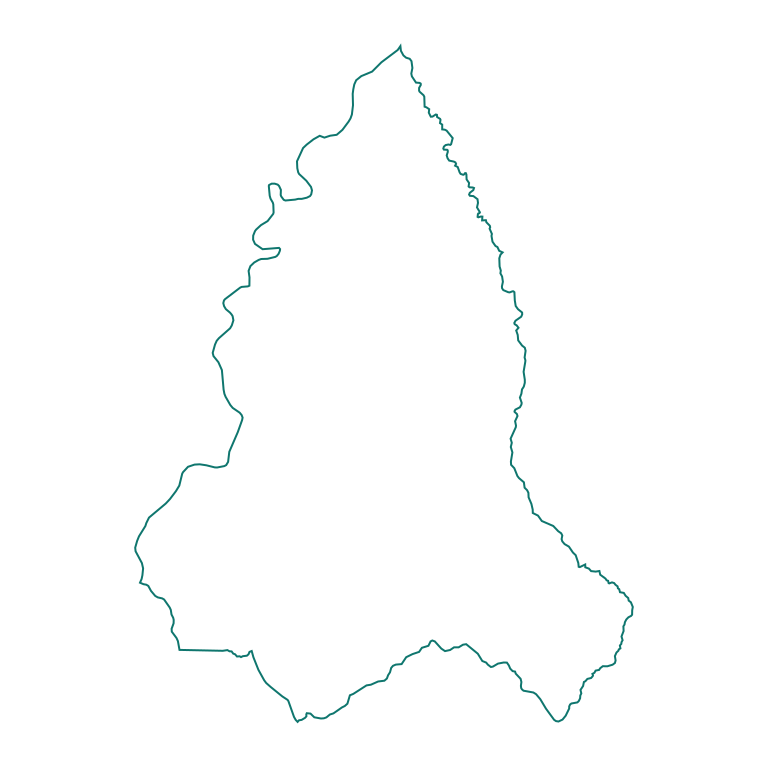 the district of Marsella, Risaralda, Colombia
{"feature_id": "7082276B48757885087630", "entity_name": "Marsella", "entity_type": "district", "adm_level": 2, "iso_a3": "COL", "parent_name": "Colombia", "parent_adm1": "Risaralda", "projection": "albers", "projection_center": [-75.739, 4.958], "detail": "fine", "context": "isolated", "style": "outline", "palette": "teal", "viewbox_px": 768, "rotation_deg": 0, "n_neighbors": 0, "source": "geoboundaries", "source_scale": "gbopen_adm2", "svg_char_len": 6101}
<svg xmlns="http://www.w3.org/2000/svg" viewBox="0 0 768 768"><path d="M145.4,526.0L139.0,536.3L137.1,541.0L135.2,547.7L135.6,551.3L141.9,563.1L143.1,568.4L142.4,575.3L141.6,579.0L140.0,582.7L143.5,584.2L146.3,584.7L148.3,585.9L151.0,590.9L155.2,595.9L157.8,597.4L162.2,598.4L164.1,599.5L169.7,607.5L170.8,609.9L171.5,614.5L173.2,617.8L173.7,619.9L173.6,623.3L171.6,628.8L171.8,631.7L176.5,638.0L177.9,641.1L179.5,649.9L222.8,650.8L227.4,650.1L229.5,651.3L231.6,651.4L233.2,653.6L235.1,654.3L237.0,656.5L239.7,656.3L241.0,657.1L242.8,656.2L246.9,655.7L248.5,654.3L249.5,651.9L251.7,651.0L253.4,657.2L258.4,669.8L264.2,680.3L266.2,683.0L270.6,686.9L282.3,696.4L287.6,699.9L288.4,701.1L294.0,716.9L295.7,719.9L297.6,721.9L299.0,720.3L301.6,719.9L305.1,717.8L306.4,716.3L306.3,714.3L306.8,713.2L310.5,713.6L314.3,717.3L321.0,718.5L323.9,718.3L326.4,717.4L329.9,714.5L333.4,713.4L342.0,707.4L344.8,706.0L347.4,703.7L349.9,695.3L353.3,693.9L366.5,685.4L370.9,684.7L378.1,681.5L384.4,680.7L386.9,678.5L388.1,675.2L390.0,672.3L391.2,667.9L393.0,665.8L395.8,664.6L401.6,664.1L406.2,657.2L412.5,654.1L419.1,651.9L421.9,647.8L428.4,645.8L430.6,641.4L432.3,640.5L434.8,641.4L441.3,648.6L445.0,651.1L450.1,650.0L454.1,647.3L458.7,647.3L463.0,644.7L466.2,644.2L477.8,653.7L482.3,661.0L486.2,662.6L487.8,664.6L490.9,667.0L492.9,666.6L498.0,663.6L503.7,662.5L506.9,662.6L508.9,665.5L510.2,668.6L512.6,671.1L515.1,671.6L515.7,673.6L520.6,678.8L521.4,682.0L520.9,685.9L521.2,688.1L521.9,689.3L523.5,690.7L533.4,692.5L536.1,694.2L540.3,699.2L546.0,708.7L554.1,719.8L556.0,721.1L558.5,721.5L562.5,719.6L565.7,715.7L569.2,708.5L569.2,706.4L570.1,704.5L571.4,703.5L577.4,702.4L578.8,701.0L580.1,698.3L580.3,695.5L581.3,693.4L580.5,689.9L583.1,686.0L583.9,682.0L585.4,681.2L587.4,678.9L591.1,678.0L592.7,676.2L593.0,675.3L592.4,673.9L594.4,672.8L595.6,670.6L599.1,669.9L600.2,668.2L602.8,666.2L607.3,666.3L612.6,664.7L614.9,663.0L615.6,660.5L614.9,656.1L616.5,652.5L618.4,650.7L618.8,649.4L620.4,648.4L619.9,645.5L621.3,643.9L621.5,642.2L622.6,640.2L621.5,636.5L623.6,631.0L623.4,626.3L624.5,624.6L624.9,622.2L626.3,619.5L628.4,617.3L631.1,615.9L632.1,614.7L632.2,610.1L632.8,607.0L630.9,602.3L628.7,600.6L628.2,598.0L625.6,595.8L623.8,592.9L620.0,592.2L619.2,589.2L617.9,588.3L617.6,586.4L615.4,584.7L614.2,583.1L612.0,582.4L609.2,583.4L608.6,583.1L608.1,580.8L606.6,580.3L605.5,578.6L600.2,574.7L599.4,571.0L595.7,571.6L591.1,571.1L588.9,568.6L585.3,567.3L585.2,564.5L579.8,567.1L578.7,566.8L578.3,563.0L575.7,555.2L572.9,552.5L568.9,546.6L564.6,544.1L562.3,541.4L561.6,539.1L562.3,535.5L561.2,533.3L558.2,531.2L553.3,526.0L541.8,521.0L538.0,515.6L532.8,513.0L532.7,509.6L531.4,503.9L528.6,497.3L528.4,492.8L527.1,490.2L524.6,487.7L523.9,482.3L519.0,478.1L517.4,476.0L514.3,468.2L511.1,464.8L510.9,461.5L512.4,452.4L510.8,447.0L511.8,442.8L510.6,438.7L515.8,427.2L516.0,425.6L515.1,421.2L517.5,416.0L516.9,414.0L514.6,411.9L514.5,411.2L515.4,409.6L519.9,407.3L521.4,404.6L521.7,402.9L519.9,397.6L521.4,393.7L522.0,389.4L523.8,386.6L524.8,382.8L524.8,379.7L523.6,371.8L525.3,361.7L525.4,360.3L524.6,357.5L525.6,350.8L524.8,347.7L522.1,345.6L518.2,340.4L517.7,334.9L516.2,330.5L518.5,327.8L516.7,325.4L514.7,324.2L514.3,323.0L515.5,320.7L521.2,316.7L522.2,314.4L522.1,312.5L518.0,309.2L515.7,306.0L514.8,300.4L514.4,292.2L513.4,291.3L512.5,291.3L509.7,292.4L508.2,292.2L503.3,290.1L502.1,288.3L501.9,286.5L502.9,281.8L502.1,276.5L500.4,273.3L500.8,270.6L499.6,266.5L499.3,258.3L500.5,254.6L502.6,252.4L499.2,250.8L497.4,247.0L495.5,246.0L492.5,241.7L491.5,235.9L491.9,233.9L489.6,228.7L490.2,227.2L489.8,225.7L486.4,222.3L485.9,220.2L482.1,220.4L482.4,216.6L481.0,216.5L478.3,217.3L477.6,216.9L477.9,214.1L478.4,213.4L479.4,213.2L479.9,212.3L477.0,207.4L478.0,202.9L477.5,199.2L473.4,196.1L469.9,195.8L469.1,194.6L469.8,192.8L473.3,190.1L474.0,188.0L472.8,187.5L469.5,187.3L468.6,186.5L469.1,183.0L466.6,179.4L466.4,174.5L465.8,173.1L465.1,173.1L464.1,174.4L463.2,174.8L460.6,173.9L459.6,172.3L457.7,167.0L455.1,165.7L456.1,163.9L455.4,162.4L453.9,161.6L449.2,160.6L447.6,158.3L446.7,155.4L447.8,151.9L447.7,150.3L447.2,149.8L443.9,149.6L443.3,148.6L443.9,146.6L445.6,145.1L448.4,144.5L450.3,144.9L451.1,144.2L452.7,138.1L446.6,130.6L444.8,129.7L442.2,129.4L442.2,124.6L440.0,123.1L440.5,119.8L440.1,118.9L437.1,117.0L436.9,114.8L435.8,114.5L432.5,116.6L430.8,116.7L428.8,112.7L429.2,109.2L426.4,107.3L424.6,106.7L424.3,96.7L423.5,95.2L419.6,91.7L419.1,90.7L419.1,87.9L420.8,84.9L420.7,83.6L419.6,82.9L416.0,82.6L411.9,76.4L411.3,73.6L412.4,68.0L411.5,61.2L409.7,58.8L406.1,57.7L403.4,55.4L400.9,50.8L400.4,46.1L397.7,50.0L381.4,62.3L372.1,71.6L361.3,76.1L356.2,80.2L354.3,84.4L353.3,89.3L352.7,93.8L353.0,105.2L351.9,114.5L350.5,118.4L348.6,121.6L342.4,129.9L336.7,134.8L330.2,135.7L324.4,137.6L319.7,135.8L313.5,139.3L306.7,144.6L303.1,148.0L297.0,161.3L297.3,168.2L298.2,172.3L299.1,174.0L306.3,180.7L311.0,186.9L312.0,190.4L311.2,194.4L310.0,196.1L306.8,197.7L301.6,198.9L298.1,198.9L295.2,199.6L285.4,200.5L283.7,199.8L281.2,196.4L280.7,195.0L280.9,189.9L279.1,186.0L277.7,184.6L274.8,183.7L271.6,183.7L269.1,185.0L268.8,185.9L269.7,195.7L270.5,198.6L272.8,202.6L273.3,204.4L273.6,212.5L273.2,213.9L267.6,221.1L261.0,225.1L256.1,229.6L255.0,231.1L253.2,235.6L253.1,239.7L255.0,243.9L262.6,249.2L279.0,247.9L280.1,249.1L279.9,250.7L278.6,253.8L276.8,256.0L275.3,256.9L267.5,258.8L261.2,259.0L258.7,259.9L254.2,262.5L250.4,266.1L248.6,270.9L249.5,277.4L249.4,285.7L247.8,286.4L241.7,286.9L240.2,287.6L225.1,299.1L224.0,300.4L223.3,303.1L224.1,306.2L225.9,309.2L230.0,312.6L231.6,314.5L232.6,316.1L233.4,320.3L231.8,325.4L230.1,328.3L218.9,338.2L216.7,340.8L215.0,344.6L212.7,352.9L213.5,356.1L218.4,362.2L221.9,370.1L223.6,389.6L224.4,393.8L225.6,396.8L230.3,405.0L232.7,407.9L239.7,412.7L241.6,415.0L242.6,417.6L242.1,420.1L237.8,432.1L229.3,451.8L228.1,461.9L226.2,465.1L224.3,466.1L217.1,467.5L214.8,467.4L206.4,465.3L199.7,464.3L194.5,464.6L188.0,466.8L183.0,472.2L182.2,473.7L179.3,485.6L175.9,491.2L170.0,499.0L165.8,503.5L149.0,517.6L146.3,523.1L145.4,526.0Z" fill="none" stroke="#0f766e" stroke-width="2"/></svg>